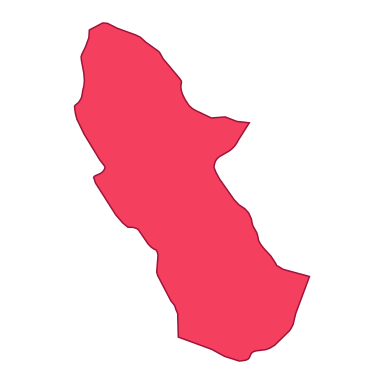 Cuscatlán, orthographic projection
{"feature_id": "SLV-1345", "entity_name": "Cuscatlán", "entity_type": "Department", "adm_level": 1, "iso_a3": "SLV", "parent_name": "El Salvador", "parent_adm1": "", "projection": "orthographic", "projection_center": [-89.024, 13.859], "detail": "fine", "context": "isolated", "style": "filled", "palette": "rose", "viewbox_px": 384, "rotation_deg": 0, "n_neighbors": 0, "source": "natural_earth", "source_scale": "10m", "svg_char_len": 1630}
<svg xmlns="http://www.w3.org/2000/svg" viewBox="0 0 384 384"><path d="M249.3,122.8L238.1,140.5L237.2,142.3L235.0,145.6L232.5,148.3L229.6,150.7L219.5,156.6L218.0,157.8L216.8,159.2L215.6,160.8L214.9,162.7L214.3,164.8L213.9,167.1L215.8,172.1L219.4,178.8L234.1,199.7L238.8,204.7L245.0,208.9L248.7,213.0L251.4,219.1L252.0,222.6L252.9,225.9L256.7,232.6L257.6,235.5L258.6,240.6L260.4,244.0L263.6,248.2L270.9,256.1L275.7,263.5L276.5,265.4L283.3,269.4L309.5,276.5L295.7,313.5L293.1,324.4L291.3,328.0L289.6,330.6L274.8,345.1L269.6,348.3L265.4,349.7L255.9,350.9L253.9,351.5L252.2,352.5L251.0,353.9L249.3,357.7L248.1,359.1L246.5,359.9L245.0,360.3L241.6,360.8L239.1,361.0L224.7,356.4L211.6,349.3L178.3,337.1L177.7,313.6L176.0,309.7L174.7,305.6L171.0,301.0L157.8,275.8L156.7,272.1L158.0,255.3L157.3,251.9L155.9,249.8L154.0,249.1L151.1,247.1L148.0,243.8L138.4,229.8L136.9,228.7L135.0,227.9L132.8,227.4L127.9,227.2L122.7,222.9L115.8,214.9L95.6,183.2L93.6,177.3L94.9,175.9L100.4,173.5L102.3,172.1L103.8,170.5L105.1,167.6L104.4,165.8L99.8,159.9L84.1,134.1L76.9,119.2L75.4,113.4L74.5,106.7L75.0,105.5L76.2,104.4L77.6,103.3L78.9,102.0L80.9,98.9L81.6,97.0L82.1,94.8L82.8,90.3L83.9,86.0L84.2,82.8L84.2,82.0L84.4,80.5L83.8,73.0L81.4,60.2L81.1,56.8L81.9,54.3L85.5,46.8L88.9,37.6L89.3,30.0L102.6,23.0L105.0,23.1L107.6,23.4L117.1,28.2L136.5,35.3L140.4,37.3L145.8,42.2L158.6,51.4L159.8,52.8L163.2,58.9L179.8,78.7L181.2,80.8L181.5,82.1L181.5,82.3L180.9,85.6L180.9,87.7L181.2,89.7L181.6,91.6L182.9,95.2L185.0,99.4L188.9,105.4L192.3,108.5L195.2,110.3L211.4,118.0L225.1,116.9L236.8,121.4L249.3,122.8Z" fill="#f43f5e" stroke="#9f1239" stroke-width="1.5"/></svg>